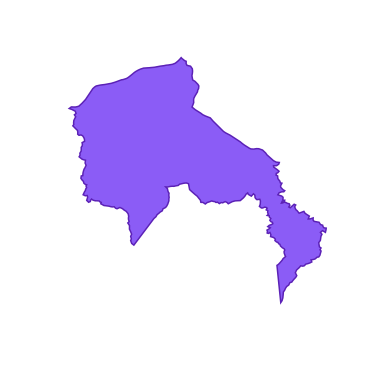 Porto Franco, Maranhão, Brazil (Robinson projection), rotated 57°
{"feature_id": "56859067B97891861760151", "entity_name": "Porto Franco", "entity_type": "district", "adm_level": 2, "iso_a3": "BRA", "parent_name": "Brazil", "parent_adm1": "Maranhão", "projection": "robinson", "projection_center": [-47.099, -6.384], "detail": "fine", "context": "isolated", "style": "filled", "palette": "violet", "viewbox_px": 384, "rotation_deg": 57, "n_neighbors": 0, "source": "geoboundaries", "source_scale": "gbopen_adm2", "svg_char_len": 5057}
<svg xmlns="http://www.w3.org/2000/svg" viewBox="0 0 384 384"><g transform="rotate(57 192 192)"><path d="M54.9,246.9L55.1,249.5L57.5,247.7L60.7,245.9L63.0,246.5L63.2,248.6L65.6,248.6L66.7,250.6L67.7,252.2L69.6,253.7L71.0,254.4L71.6,255.9L75.5,255.1L78.1,254.5L79.9,255.4L81.3,256.4L82.9,255.9L83.7,254.0L85.3,253.1L87.4,253.1L89.0,253.4L91.0,254.5L90.7,257.3L92.4,258.0L93.6,259.1L94.2,260.6L95.7,261.5L97.3,262.7L98.4,264.9L100.1,265.8L101.0,267.5L104.5,266.4L105.9,265.4L107.3,264.0L109.5,265.9L111.9,266.3L113.4,268.6L114.0,270.0L115.1,271.4L116.6,273.0L118.8,274.7L118.2,276.1L120.0,277.7L121.9,277.7L124.0,277.3L125.7,277.9L127.6,277.3L128.6,276.4L129.3,277.6L130.9,278.0L131.7,279.7L132.6,280.5L133.2,281.9L135.0,284.8L137.0,283.6L137.9,281.8L139.5,282.3L141.7,284.9L144.3,284.3L144.6,282.5L143.7,281.5L143.2,280.1L145.0,279.4L146.6,278.0L147.9,276.1L149.0,274.7L150.2,274.6L151.3,273.8L152.2,274.9L155.4,273.2L156.3,272.1L158.7,269.3L160.0,268.2L161.1,267.0L162.0,265.3L164.0,264.9L165.2,264.0L165.7,260.9L168.1,259.4L170.1,258.8L172.4,257.7L175.4,257.4L177.8,258.3L179.2,259.5L180.4,260.2L182.6,260.9L183.0,262.7L186.1,262.7L189.1,264.7L191.6,265.0L194.5,265.6L195.8,267.6L198.3,268.4L199.3,269.9L202.3,270.6L204.9,269.7L193.5,238.4L193.1,235.7L192.0,233.6L191.8,231.3L191.5,229.8L191.6,227.2L190.3,225.5L190.6,222.6L190.1,221.0L189.0,219.0L186.8,216.2L185.1,215.1L184.2,214.2L181.9,213.1L180.5,211.9L179.0,211.9L177.6,211.5L175.9,210.8L173.4,211.3L174.6,209.5L175.4,207.4L176.2,205.8L177.4,204.0L178.0,202.3L179.0,200.0L178.7,198.2L180.0,194.6L180.7,193.0L181.5,191.7L183.1,190.4L188.7,192.7L191.8,191.9L195.4,190.9L198.4,189.9L201.0,189.7L203.4,189.4L205.5,190.2L206.7,188.5L209.3,187.4L209.1,185.0L209.8,182.5L210.2,180.4L211.5,179.3L212.5,178.1L213.8,177.6L214.5,176.1L216.6,175.4L216.7,173.3L217.8,172.1L218.1,169.4L219.9,168.3L221.6,168.0L222.0,163.7L222.9,160.7L224.1,158.6L225.5,156.2L224.9,152.0L224.3,149.9L223.2,147.6L223.1,145.8L224.6,146.1L227.8,144.5L227.0,141.4L228.9,141.0L230.9,142.1L232.1,142.2L233.8,141.7L235.0,139.1L236.8,139.5L239.5,141.5L240.8,143.3L243.2,142.5L243.9,141.4L244.3,139.3L245.2,138.3L246.5,137.8L247.4,139.5L249.0,138.6L250.5,139.8L252.2,140.1L252.6,141.7L254.0,140.2L255.2,140.8L257.1,140.3L258.1,142.1L259.8,142.0L261.2,141.1L262.6,141.5L262.6,143.1L262.0,145.3L262.3,147.3L264.6,145.9L264.9,147.9L264.8,149.9L266.2,150.2L267.3,151.3L268.3,150.6L268.4,148.7L270.8,149.1L272.2,150.4L274.3,148.6L275.5,148.0L277.0,147.8L277.9,148.9L280.0,148.3L281.0,147.4L282.6,147.5L283.7,146.8L285.4,147.2L287.9,146.6L290.0,145.6L291.2,145.8L292.1,147.2L293.3,147.9L295.6,148.5L297.1,148.7L297.5,151.9L298.3,153.5L299.2,156.6L299.8,159.1L299.8,160.7L333.1,177.8L332.2,175.7L330.3,173.5L327.7,171.4L325.6,169.8L324.9,167.9L323.7,166.1L322.8,164.0L322.7,161.6L321.3,159.2L321.9,157.4L321.2,155.7L320.6,153.6L320.1,151.5L319.2,149.7L316.0,149.3L314.4,146.8L313.7,142.8L313.1,141.1L314.5,139.5L315.0,138.1L314.5,135.7L315.2,133.8L315.7,131.7L315.9,129.6L313.8,129.1L314.8,126.7L315.2,125.1L314.8,122.6L315.5,121.1L314.8,119.3L311.8,115.9L310.2,116.1L309.2,114.3L307.4,115.0L305.5,114.2L303.5,113.3L302.5,110.7L299.4,108.0L298.2,106.0L295.8,106.3L295.5,103.6L298.5,102.1L296.7,100.2L295.4,99.1L294.0,100.8L292.4,101.0L291.0,100.5L289.5,101.8L288.2,102.0L286.6,101.9L285.4,103.2L283.1,105.6L281.4,105.7L279.7,104.5L278.9,107.5L277.9,109.2L276.1,106.7L273.1,108.1L271.2,108.8L269.2,108.7L268.1,113.7L265.0,114.0L263.3,114.5L260.3,114.0L259.4,112.1L257.9,113.0L258.7,118.3L257.3,119.0L256.4,117.1L254.7,116.9L253.7,118.0L252.0,119.0L250.7,120.2L249.4,118.7L248.2,120.4L247.3,119.4L246.0,118.5L244.2,119.0L243.0,120.0L241.1,121.5L240.1,119.3L240.7,116.7L241.8,114.9L241.4,113.5L239.7,114.4L236.4,115.0L235.1,114.4L233.6,111.8L232.5,112.9L230.6,112.4L229.0,112.6L227.5,112.7L225.1,111.4L223.7,112.3L222.3,111.2L222.6,109.6L222.0,107.7L219.8,108.3L217.7,109.1L215.6,109.9L214.3,109.3L215.3,107.9L216.0,106.7L215.9,104.1L214.8,102.7L212.8,105.1L210.1,106.6L201.7,108.9L199.3,109.0L195.2,110.0L192.1,112.4L190.8,114.2L189.6,116.9L188.0,119.1L186.6,120.0L181.2,122.5L178.8,123.4L176.2,124.2L173.7,125.3L165.1,129.1L160.7,131.6L158.4,132.6L144.1,135.7L139.8,136.3L135.5,139.4L133.0,140.9L130.7,141.7L124.9,144.4L120.8,145.7L118.0,141.9L115.5,140.4L114.4,139.4L113.1,137.2L111.0,132.9L109.7,131.7L108.9,130.2L106.8,128.5L105.0,128.4L100.9,129.2L98.4,130.4L94.4,128.7L92.4,126.8L90.8,125.6L88.8,124.6L85.7,124.7L83.1,127.2L81.1,127.0L79.2,125.7L77.9,126.6L74.6,127.7L73.4,127.9L74.1,130.3L74.6,132.9L74.9,135.9L74.3,138.8L72.6,142.7L71.6,144.6L70.7,146.9L69.2,150.0L66.9,155.6L65.1,159.0L64.5,160.2L63.7,161.6L61.7,165.2L61.3,166.7L60.9,168.1L60.5,170.7L60.4,172.2L60.3,173.8L60.4,175.6L60.7,177.9L60.9,179.8L61.1,181.9L61.2,183.5L61.1,185.2L60.2,188.5L59.5,190.1L58.0,196.7L56.9,200.5L54.4,206.5L52.5,210.4L51.9,211.9L50.9,214.6L50.9,216.5L51.3,218.9L56.4,230.8L57.7,235.9L58.4,240.2L57.9,241.8L57.2,243.6L54.9,246.9ZM250.7,120.2L250.6,121.8L250.0,123.1L249.2,121.8L250.7,120.2Z" fill="#8b5cf6" stroke="#5b21b6" stroke-width="1.5"/></g></svg>